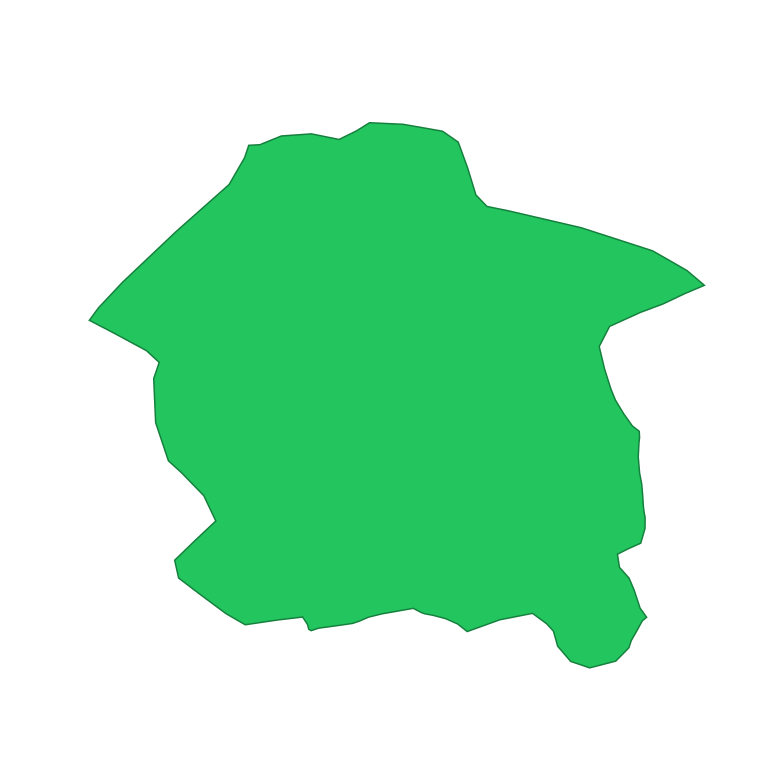 outline of Kigali City, rotated 279°
{"feature_id": "RWA-3495", "entity_name": "Kigali City", "entity_type": "Province", "adm_level": 1, "iso_a3": "RWA", "parent_name": "Rwanda", "parent_adm1": "", "projection": "natural_earth1", "projection_center": [30.091, -1.927], "detail": "fine", "context": "isolated", "style": "filled", "palette": "green", "viewbox_px": 768, "rotation_deg": 279, "n_neighbors": 0, "source": "natural_earth", "source_scale": "10m", "svg_char_len": 1369}
<svg xmlns="http://www.w3.org/2000/svg" viewBox="0 0 768 768"><g transform="rotate(279 384 384)"><path d="M194.7,679.9L190.5,676.2L179.4,672.2L169.4,668.4L161.7,667.1L146.6,656.3L135.8,631.5L139.2,611.8L152.1,596.6L166.4,590.0L172.6,582.2L180.7,566.6L169.2,535.2L152.5,504.9L158.5,494.3L161.9,481.5L163.2,468.5L163.4,460.7L164.0,456.9L167.0,448.0L161.9,433.2L156.6,417.8L151.3,405.2L146.2,397.2L142.6,390.4L137.8,374.9L132.6,357.6L129.0,350.7L129.9,348.1L134.6,346.0L141.1,340.1L134.2,315.6L124.5,284.6L132.4,264.0L146.9,236.2L160.2,211.5L177.2,204.8L200.7,222.5L222.4,239.3L245.5,223.5L264.6,198.0L274.4,183.1L310.1,164.5L353.3,155.7L370.1,158.6L379.7,144.3L391.9,109.6L400.8,83.0L414.6,90.1L443.7,109.9L501.8,154.6L556.8,199.8L585.7,210.9L598.6,213.1L600.9,223.9L612.9,243.8L619.7,273.2L618.5,301.3L629.4,316.8L639.8,328.9L643.5,362.3L642.8,402.3L634.5,419.5L610.5,432.8L585.1,445.2L575.5,457.9L574.4,481.5L569.1,555.0L557.5,628.6L543.5,665.4L531.6,685.0L520.1,666.6L506.8,647.2L494.8,626.0L476.2,597.8L454.7,590.7L433.3,599.5L414.4,609.0L404.3,615.1L392.0,625.5L381.4,635.9L377.2,643.5L371.2,644.8L366.1,645.0L351.9,646.5L336.0,650.4L325.8,654.1L314.2,657.0L303.8,659.3L297.9,661.0L292.9,662.8L282.1,664.4L267.0,662.5L258.8,650.0L252.4,641.2L239.8,645.2L230.6,656.4L219.6,663.3L202.7,672.0L194.7,679.9Z" fill="#22c55e" stroke="#15803d" stroke-width="1.5"/></g></svg>